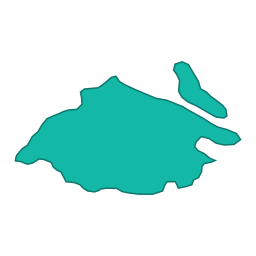 Östhammar, Uppsala, Sweden (Equal Earth projection)
{"feature_id": "70781695B19211904151309", "entity_name": "Östhammar", "entity_type": "district", "adm_level": 2, "iso_a3": "SWE", "parent_name": "Sweden", "parent_adm1": "Uppsala", "projection": "equal_earth", "projection_center": [18.222, 60.283], "detail": "fine", "context": "isolated", "style": "filled", "palette": "teal", "viewbox_px": 256, "rotation_deg": 0, "n_neighbors": 0, "source": "geoboundaries", "source_scale": "gbopen_adm2", "svg_char_len": 1445}
<svg xmlns="http://www.w3.org/2000/svg" viewBox="0 0 256 256"><path d="M15.4,160.9L20.8,161.6L27.2,164.2L32.6,163.1L39.0,159.0L43.5,159.3L51.3,162.5L53.3,167.1L57.2,170.3L61.1,172.1L64.1,177.9L66.0,181.7L74.4,182.6L79.8,184.6L83.3,188.1L87.7,191.0L94.6,191.9L99.0,190.4L100.5,189.0L106.9,188.1L116.8,188.4L122.2,191.6L129.1,193.0L139.4,194.2L152.7,194.2L162.6,191.0L164.6,185.5L167.0,181.7L175.4,181.7L178.4,188.2L186.9,186.3L191.9,184.7L193.5,180.0L198.5,177.6L201.6,171.6L202.0,166.4L204.2,163.6L211.4,162.1L215.2,160.5L212.5,159.5L209.5,158.0L204.3,153.7L198.2,150.7L194.6,146.8L196.1,142.0L201.2,136.6L208.9,138.4L216.1,143.2L224.3,145.0L234.0,144.4L240.6,139.6L236.5,133.6L227.3,129.7L217.6,127.0L211.4,123.7L203.2,118.3L187.9,109.9L182.7,106.6L166.9,100.3L155.6,98.2L146.4,94.3L135.2,89.6L125.5,85.1L119.4,81.5L116.3,76.8L115.9,76.3L111.5,77.3L106.6,81.5L103.1,84.4L98.2,87.8L84.5,89.0L80.5,92.1L81.5,97.3L82.0,104.2L77.0,109.4L69.2,109.9L63.8,111.4L58.9,113.7L53.0,116.0L47.0,118.8L43.1,123.5L40.6,127.2L38.2,131.5L32.2,136.7L30.7,139.6L27.3,145.4L22.3,148.6L16.9,155.0L15.9,157.6L15.4,160.9ZM226.9,116.0L225.9,109.3L222.4,105.2L215.4,99.7L210.5,96.2L207.0,92.5L200.5,88.7L198.5,81.7L197.0,79.1L192.5,71.6L188.5,64.7L182.1,61.8L175.1,64.1L173.6,70.2L176.6,74.2L179.6,80.3L178.6,91.3L182.1,97.4L188.1,102.0L196.5,105.8L203.5,109.9L209.5,113.4L216.5,117.2L223.9,118.0L226.9,116.0Z" fill="#14b8a6" stroke="#0f766e" stroke-width="1.5"/></svg>